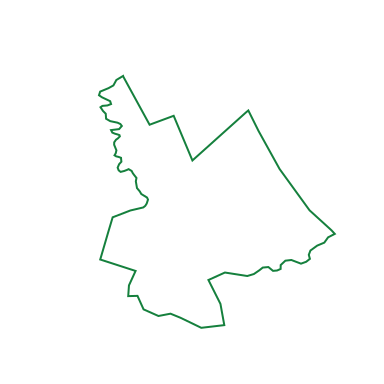 outline of Rosario, Colonia, Uruguay, rotated 155°
{"feature_id": "84410073B61411405637376", "entity_name": "Rosario", "entity_type": "district", "adm_level": 2, "iso_a3": "URY", "parent_name": "Uruguay", "parent_adm1": "Colonia", "projection": "orthographic", "projection_center": [-57.344, -34.328], "detail": "fine", "context": "isolated", "style": "outline", "palette": "green", "viewbox_px": 384, "rotation_deg": 155, "n_neighbors": 0, "source": "geoboundaries", "source_scale": "gbopen_adm2", "svg_char_len": 1442}
<svg xmlns="http://www.w3.org/2000/svg" viewBox="0 0 384 384"><g transform="rotate(155 192 192)"><path d="M274.6,202.6L285.0,190.9L303.7,169.6L276.5,144.3L288.6,134.0L293.8,124.6L290.6,123.2L285.3,120.9L285.5,106.1L274.8,93.8L262.9,90.8L255.6,82.9L241.0,65.0L219.0,57.7L213.5,78.6L214.3,105.3L196.2,105.1L177.4,92.5L170.6,91.5L164.0,92.6L159.8,93.6L154.5,91.7L151.9,86.3L148.1,84.9L144.2,84.8L142.5,88.3L136.4,90.3L130.7,88.4L123.5,81.0L118.0,80.5L113.4,81.6L112.7,85.7L109.4,88.9L101.2,90.5L93.5,90.2L87.8,93.4L80.3,93.7L81.8,98.4L93.2,125.7L102.9,175.8L105.9,219.1L106.5,242.1L109.5,241.3L178.3,220.4L176.4,268.8L202.0,270.9L205.5,325.3L205.5,325.5L205.4,326.3L213.2,325.5L218.2,321.8L223.8,321.4L232.8,321.8L235.4,319.0L233.5,315.8L230.1,311.7L227.8,308.9L228.2,305.9L232.1,306.2L236.8,307.9L239.1,307.5L238.4,303.0L237.1,299.4L238.9,294.7L236.2,290.8L230.2,286.3L228.2,283.9L227.7,281.5L231.5,279.8L237.0,281.6L239.2,282.3L239.1,279.5L237.2,277.4L235.1,275.6L233.7,274.2L233.9,272.9L236.5,271.9L238.8,271.5L241.5,269.9L242.6,267.7L242.9,261.7L244.8,259.3L246.7,258.0L245.7,256.4L243.8,254.9L241.9,253.0L243.2,249.3L246.3,248.0L249.1,245.5L249.3,242.6L248.2,240.4L244.6,239.7L241.6,239.5L239.8,239.5L237.8,236.6L237.7,234.0L237.2,231.6L236.4,228.2L238.4,225.4L240.2,218.8L239.1,214.7L238.8,211.6L235.1,206.0L235.1,203.7L237.9,200.7L240.2,199.2L242.7,198.6L255.7,201.3L274.6,202.6Z" fill="none" stroke="#15803d" stroke-width="2"/></g></svg>